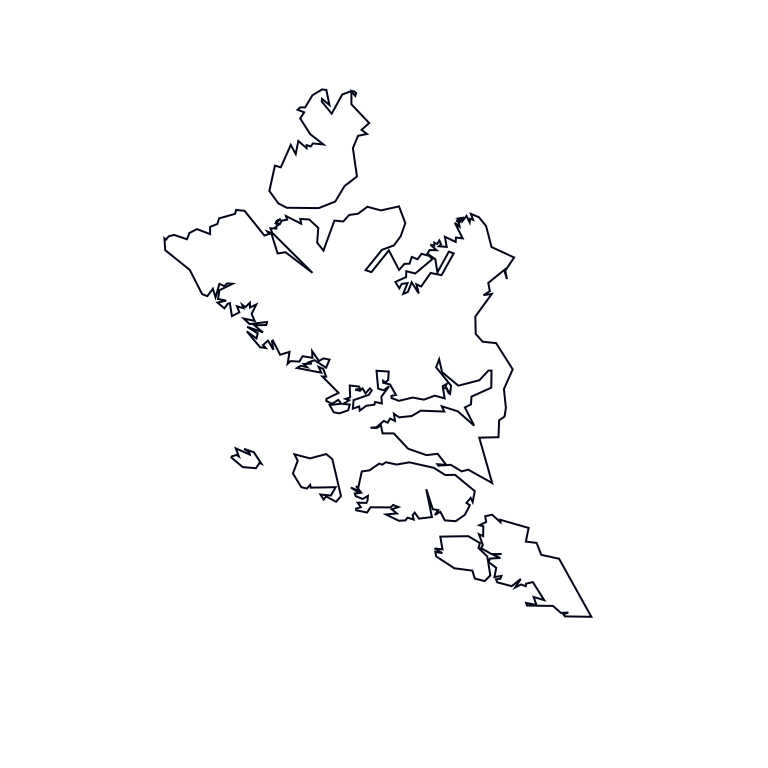 Vågan nor, Nordland, Norway, rotated 67°
{"feature_id": "86288312B28402978584720", "entity_name": "Vågan nor", "entity_type": "district", "adm_level": 2, "iso_a3": "NOR", "parent_name": "Norway", "parent_adm1": "Nordland", "projection": "mercator", "projection_center": [14.578, 68.279], "detail": "fine", "context": "isolated", "style": "outline", "palette": "ink", "viewbox_px": 768, "rotation_deg": 67, "n_neighbors": 0, "source": "geoboundaries", "source_scale": "gbopen_adm2", "svg_char_len": 6163}
<svg xmlns="http://www.w3.org/2000/svg" viewBox="0 0 768 768"><g transform="rotate(67 384 384)"><path d="M335.4,229.8L327.1,228.1L318.4,214.8L299.9,231.5L278.4,228.3L267.5,231.5L261.3,237.6L267.7,237.8L265.6,240.2L268.7,242.0L261.5,242.4L264.5,247.7L261.8,246.4L260.8,250.5L262.9,248.3L263.9,249.5L262.9,249.5L261.2,252.8L263.1,250.5L264.0,250.6L261.5,253.4L265.0,252.1L268.7,253.0L263.2,255.8L280.7,254.7L277.3,260.5L281.2,262.5L272.3,270.4L282.3,272.7L278.7,279.6L277.8,276.9L273.5,277.0L275.9,280.3L273.5,282.5L276.3,283.6L273.9,286.9L281.4,283.3L278.5,289.8L281.0,293.2L289.2,288.0L302.1,291.2L287.5,272.6L291.0,268.8L306.3,288.5L300.0,297.7L308.8,311.7L304.9,315.2L314.3,316.6L301.2,318.8L308.6,326.1L308.6,331.2L300.3,322.9L298.8,328.6L301.9,332.5L294.5,333.7L294.2,321.9L288.9,319.4L294.5,312.0L288.0,290.9L284.1,291.9L278.8,298.6L282.3,304.3L277.9,308.8L283.2,313.5L281.4,318.3L284.9,325.6L262.9,327.3L276.1,351.9L272.0,356.5L259.7,333.5L260.3,320.7L254.5,310.9L244.2,301.5L226.4,300.8L223.0,319.0L214.4,330.0L217.1,341.5L214.8,350.0L218.5,358.0L214.2,365.8L237.5,387.6L227.8,390.3L214.6,383.5L203.3,388.6L199.4,396.5L204.1,397.6L191.1,408.6L194.9,409.0L193.7,414.4L196.2,417.5L193.7,420.7L191.6,414.6L191.8,419.1L193.8,420.9L196.4,419.5L197.4,423.0L199.2,421.6L196.3,427.7L201.1,427.8L253.7,406.4L224.2,423.2L222.3,430.9L201.0,428.8L198.1,431.8L201.0,431.1L200.6,436.1L170.1,444.7L166.0,452.1L169.2,454.7L167.1,471.1L171.6,474.9L171.4,482.7L178.1,485.5L168.3,495.7L169.0,504.1L173.8,508.8L164.8,518.9L163.9,524.3L165.9,528.2L164.1,529.2L175.3,533.1L203.1,518.2L230.2,516.3L234.1,512.3L229.5,504.3L238.4,505.2L227.5,496.4L231.5,492.7L230.1,489.2L232.6,484.2L233.4,498.9L240.9,503.6L245.6,496.7L244.0,505.4L252.0,501.4L249.2,496.7L249.3,494.3L262.1,497.5L261.5,489.2L255.0,488.9L259.3,483.8L255.5,483.6L259.1,481.6L256.8,475.7L261.2,477.5L260.9,470.5L267.8,478.5L275.3,478.4L269.0,487.5L276.3,484.3L281.2,467.5L283.7,469.3L279.3,480.4L289.2,475.2L277.9,487.6L288.0,480.4L292.2,483.6L281.9,489.8L301.7,483.7L304.7,478.8L300.9,480.2L298.7,473.9L309.3,472.4L300.8,470.5L300.5,469.3L316.5,468.2L317.5,458.4L327.7,464.8L326.4,461.1L330.3,453.2L326.6,448.1L331.9,439.7L325.6,437.3L337.4,434.9L336.8,429.7L340.3,424.6L346.4,431.0L334.9,438.7L334.6,444.8L337.1,442.5L334.2,450.0L338.4,448.3L334.6,453.6L335.3,457.8L349.1,437.3L342.7,437.5L346.4,434.0L354.6,434.4L353.0,437.8L374.4,429.3L375.2,442.9L377.1,443.7L381.9,439.6L380.8,432.2L385.5,431.0L382.1,442.3L390.4,441.3L393.6,436.6L394.2,427.2L389.6,423.6L386.4,429.2L385.3,422.4L382.7,425.2L383.1,420.4L372.0,416.1L376.6,408.0L378.9,407.9L378.0,412.7L380.9,408.7L379.6,405.5L385.4,404.7L382.5,398.6L385.1,397.7L388.0,402.2L387.0,418.3L394.5,422.3L395.0,415.6L399.0,416.7L397.1,408.7L399.3,400.9L397.1,399.2L401.1,393.6L394.7,391.4L388.1,380.2L389.6,386.8L386.0,391.2L368.9,385.7L374.4,374.8L381.9,378.5L383.2,382.1L380.7,383.5L382.5,384.3L386.8,378.6L398.8,377.3L397.9,381.8L399.9,382.5L405.3,376.9L407.7,362.9L414.0,353.4L414.6,341.8L420.9,333.8L408.9,330.8L408.5,326.4L411.7,329.5L412.8,327.7L415.3,328.3L415.4,327.5L417.5,328.1L419.0,327.1L411.9,322.9L389.0,329.5L382.8,323.6L395.8,325.9L414.6,316.2L417.8,294.7L412.4,282.6L413.7,279.8L429.3,286.7L429.8,308.4L436.7,311.9L437.2,318.7L457.6,317.3L437.9,326.8L427.1,339.5L432.9,339.3L422.9,360.6L424.3,371.0L420.6,383.1L415.3,386.5L422.3,388.3L418.2,391.9L421.0,395.7L417.9,398.7L420.9,407.9L418.9,413.6L421.7,408.0L420.9,403.0L428.9,404.6L433.3,394.3L453.0,387.1L466.1,372.7L469.2,361.9L482.8,358.3L478.7,366.2L480.4,365.9L484.5,354.1L494.7,346.7L495.8,339.9L517.5,323.1L470.6,317.3L477.7,299.4L462.4,292.2L461.1,285.8L453.6,281.1L435.5,275.6L420.8,259.8L390.2,264.8L383.6,276.7L373.7,280.0L357.6,273.6L343.2,249.6L341.1,257.7L339.9,250.3L331.7,248.5L325.3,226.4L327.3,229.0L335.4,229.8ZM107.6,297.9L105.2,295.9L102.7,297.4L101.6,299.6L101.2,309.3L114.7,326.5L99.8,330.9L97.3,329.7L105.9,325.2L90.8,322.2L88.7,325.8L90.2,337.0L98.6,348.5L96.6,353.0L97.8,356.4L102.7,351.3L106.8,357.4L125.2,354.3L139.9,346.1L134.8,355.4L136.7,358.6L133.9,361.9L136.6,363.1L126.8,367.9L137.8,375.4L127.5,376.4L144.2,394.3L140.4,399.1L161.5,414.1L176.4,410.7L183.8,404.6L196.6,375.3L197.0,357.6L186.4,343.0L182.4,327.8L154.8,320.5L145.4,310.9L147.2,302.0L141.3,305.4L138.0,295.7L113.8,304.7L102.0,299.7L107.6,297.9ZM518.1,342.3L495.4,354.1L491.7,363.2L480.6,370.9L466.0,391.3L463.1,403.8L456.7,413.0L457.6,417.0L455.4,419.6L457.8,431.2L455.8,438.6L469.5,448.3L467.0,449.6L473.7,447.8L466.3,455.0L474.7,449.3L473.4,453.7L476.1,453.9L481.5,448.6L480.7,442.5L484.8,444.7L486.6,446.6L483.0,454.6L488.4,453.5L487.8,458.4L489.4,458.9L495.7,449.8L492.2,444.6L500.2,426.1L498.9,422.9L502.9,418.8L502.4,425.8L508.2,422.7L504.9,433.1L515.6,423.9L517.9,417.8L516.3,414.5L520.4,409.6L516.0,408.9L514.4,406.0L521.6,404.4L525.2,391.9L497.3,386.2L518.3,388.0L521.3,383.4L524.4,388.3L523.6,382.1L533.3,381.3L538.3,371.6L536.0,360.7L529.1,352.3L525.7,354.6L522.7,348.7L527.3,348.5L518.1,342.3ZM573.0,307.1L554.4,330.1L556.7,330.8L546.5,335.6L545.3,342.5L550.9,343.9L551.3,351.3L553.8,348.2L562.8,352.2L559.3,355.3L570.8,355.9L573.0,358.8L582.5,351.5L586.5,342.1L583.6,350.6L589.6,344.9L586.1,354.6L588.9,357.3L597.0,352.5L604.8,357.7L606.6,350.9L608.7,353.0L607.5,357.3L610.9,357.2L620.0,345.4L616.9,334.3L622.6,342.8L622.1,336.2L625.5,332.5L623.3,331.2L624.5,324.4L645.5,321.0L638.5,329.5L647.0,330.0L641.0,338.8L643.8,339.0L654.3,315.2L663.8,310.6L666.4,303.6L666.1,308.8L668.6,308.3L679.3,284.1L613.3,291.1L602.7,306.0L589.9,305.6L584.5,315.0L573.0,307.1ZM583.0,356.3L571.9,361.1L567.9,357.8L557.0,365.9L546.5,391.8L559.1,394.8L555.1,401.7L562.5,396.4L558.5,402.3L563.1,403.3L581.1,391.3L590.3,375.6L598.6,376.4L604.8,368.3L601.7,360.9L583.0,356.3ZM432.9,460.9L425.9,464.6L423.6,481.1L413.7,493.9L420.9,493.4L430.8,502.8L446.7,500.4L450.1,495.8L448.0,491.4L450.8,491.9L460.1,468.8L465.9,476.4L460.9,485.7L466.8,484.7L464.8,481.2L473.7,474.2L470.4,467.4L432.9,460.9ZM409.5,528.0L395.9,530.5L389.0,538.2L394.3,534.7L396.6,535.1L385.3,545.6L394.1,545.9L391.6,547.6L391.2,552.4L392.1,553.2L405.3,546.5L411.5,534.7L408.0,529.5L409.5,528.0Z" fill="none" stroke="#020617" stroke-width="2"/></g></svg>